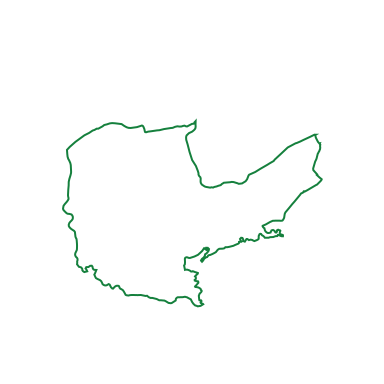 the district of Vera Cruz, Dili, East Timor, rotated 60°
{"feature_id": "22284137B41604792993839", "entity_name": "Vera Cruz", "entity_type": "district", "adm_level": 2, "iso_a3": "TLS", "parent_name": "East Timor", "parent_adm1": "Dili", "projection": "robinson", "projection_center": [125.57, -8.588], "detail": "fine", "context": "isolated", "style": "outline", "palette": "green", "viewbox_px": 384, "rotation_deg": 60, "n_neighbors": 0, "source": "geoboundaries", "source_scale": "gbopen_adm2", "svg_char_len": 6075}
<svg xmlns="http://www.w3.org/2000/svg" viewBox="0 0 384 384"><g transform="rotate(60 192 192)"><path d="M259.4,181.4L259.9,177.6L259.6,176.7L258.7,176.2L259.0,175.0L259.7,174.5L259.7,174.0L258.8,174.1L256.7,173.9L256.2,172.3L257.0,171.3L258.8,171.4L260.0,172.2L261.4,171.1L260.0,168.3L260.5,167.5L262.1,166.8L262.6,165.0L263.7,163.8L264.8,163.2L265.7,162.5L266.1,159.9L266.1,158.1L265.6,157.5L263.4,156.2L262.3,154.6L262.3,153.8L263.0,153.1L264.5,153.0L265.6,152.3L266.9,151.9L268.0,151.8L269.1,150.0L269.9,148.5L270.2,146.9L270.7,145.9L271.6,144.3L272.0,141.8L272.8,140.2L272.1,139.1L273.1,138.1L274.5,137.1L275.3,136.3L275.8,135.4L274.9,134.8L274.2,135.2L272.9,136.4L272.0,136.9L270.7,136.0L269.8,134.9L269.1,135.0L268.3,136.0L267.7,136.3L267.7,137.6L268.8,138.3L269.2,139.3L268.8,139.9L268.1,140.0L266.8,140.0L265.4,140.8L265.0,142.3L265.7,143.4L266.4,144.2L265.9,146.0L265.1,147.2L263.1,148.0L261.5,148.0L259.6,147.4L258.9,147.8L257.8,148.0L257.0,148.0L256.6,147.7L257.0,144.3L257.0,139.7L257.3,136.5L258.7,133.8L260.4,130.8L261.2,129.7L261.9,128.3L261.9,127.8L261.5,126.8L260.4,125.1L257.4,122.7L256.4,121.4L254.5,116.2L252.6,111.2L251.5,107.9L248.4,99.6L247.9,98.6L247.8,98.2L248.0,96.5L247.9,95.6L247.6,95.5L247.5,95.3L247.3,94.9L247.3,94.6L248.0,94.1L248.1,91.3L248.0,81.3L248.1,80.0L247.0,75.9L246.5,74.2L245.8,73.3L243.2,74.3L239.6,75.4L239.4,74.8L233.8,76.0L232.8,75.6L232.2,75.3L227.3,70.2L225.8,68.0L225.2,67.3L222.4,64.6L221.7,63.9L221.5,63.4L220.9,62.6L220.3,61.4L219.6,60.7L219.3,60.1L218.8,59.6L218.0,59.0L217.4,58.6L216.6,58.3L215.9,57.9L215.5,57.6L215.3,57.3L215.1,57.2L214.7,57.2L214.4,57.4L214.1,57.4L213.8,57.0L213.7,57.4L211.9,57.8L210.6,57.8L207.2,57.6L206.1,57.4L204.8,56.9L204.2,56.5L204.2,56.3L203.6,57.3L203.3,62.0L202.6,69.9L202.4,73.0L201.9,77.0L201.6,77.9L201.3,86.8L203.1,94.5L205.3,104.2L206.0,105.8L206.0,110.3L206.1,113.0L206.1,121.2L206.3,127.3L205.6,133.9L206.0,134.8L208.5,137.9L209.5,140.2L209.6,144.4L208.3,147.4L207.2,148.2L204.2,151.0L203.1,152.6L202.6,154.1L199.9,159.8L200.0,161.1L200.0,162.2L200.4,163.7L199.8,166.0L199.5,167.9L198.8,170.1L198.7,171.5L197.6,172.9L197.3,174.1L194.6,177.3L193.5,178.3L190.4,179.8L188.4,179.8L187.0,179.2L184.6,177.7L183.4,177.4L181.7,177.8L180.3,177.7L178.8,176.9L176.6,176.4L171.4,175.6L164.4,175.9L156.1,174.1L148.6,172.0L143.9,170.9L141.9,169.9L141.1,169.3L140.3,168.4L139.5,165.2L139.8,161.8L139.6,160.4L139.3,158.9L138.8,157.7L138.3,157.0L137.1,156.1L135.3,155.2L132.4,153.4L133.0,155.2L133.9,155.7L133.8,156.2L133.0,157.9L132.8,163.4L132.2,164.3L130.8,165.3L130.3,166.7L130.0,168.3L129.1,170.1L127.8,171.8L127.1,174.0L126.8,176.6L125.9,178.6L124.9,181.2L123.5,184.8L122.2,189.3L121.1,191.6L120.8,192.4L118.8,197.4L117.8,199.8L117.3,201.9L116.7,202.6L115.8,202.5L113.7,201.8L111.5,201.5L110.4,201.5L109.4,202.1L108.3,207.2L105.9,213.1L104.7,214.9L103.4,216.1L102.0,217.0L100.4,217.9L98.0,219.0L94.0,224.3L92.4,226.7L91.5,228.8L90.9,231.8L90.1,234.5L90.4,236.6L90.3,241.5L89.5,242.9L89.5,245.4L89.1,247.3L89.4,251.6L89.1,256.8L90.3,267.9L91.8,275.3L93.0,279.2L96.7,281.0L99.2,282.1L101.4,282.6L103.2,282.6L106.0,282.9L108.0,283.5L113.7,286.4L115.0,287.2L116.7,288.8L119.4,291.7L121.6,293.7L124.6,295.5L128.3,298.1L130.8,299.7L132.8,301.0L134.2,301.6L135.3,301.9L136.4,302.5L137.1,303.6L137.8,305.1L138.9,308.3L139.7,310.1L140.8,311.1L142.1,312.1L143.2,312.3L144.8,312.0L147.7,311.2L148.7,310.5L149.7,309.1L151.2,307.6L152.6,307.4L153.9,307.6L155.1,308.3L155.9,309.1L156.5,310.6L156.9,312.2L157.5,313.7L158.7,315.1L159.9,315.7L161.5,315.7L163.6,315.1L166.8,313.5L168.1,313.4L172.5,315.3L173.9,315.5L174.9,315.5L176.6,316.2L179.3,317.5L181.0,318.4L183.3,319.8L184.6,320.7L186.7,323.7L187.9,324.6L188.9,324.9L190.2,324.9L191.5,324.5L192.7,324.6L193.8,325.2L194.6,326.1L196.1,326.9L197.1,327.7L200.3,327.3L201.1,326.4L202.1,325.6L203.8,325.5L205.0,326.1L206.0,326.0L207.5,325.3L208.3,322.4L206.0,322.2L205.0,322.4L204.2,321.1L205.2,319.2L205.0,317.1L205.7,315.7L206.8,315.5L208.2,316.0L209.6,316.1L210.5,315.6L211.7,313.8L213.9,316.6L214.7,317.9L217.4,318.2L218.6,318.2L220.1,317.3L222.4,315.7L223.9,315.2L225.6,315.3L227.1,315.5L228.3,315.0L229.5,314.0L230.1,312.6L230.1,310.2L231.1,309.6L233.9,309.8L235.7,309.3L236.2,308.7L235.4,306.1L235.4,304.5L236.2,302.9L237.1,302.3L238.7,302.6L240.0,302.4L240.9,301.7L242.6,300.9L244.6,300.8L247.9,300.9L248.7,300.3L249.9,298.8L250.3,297.3L251.2,295.4L254.2,290.5L255.6,287.8L258.8,284.2L259.4,282.8L261.4,282.1L263.0,280.9L263.9,279.3L267.0,276.1L269.4,274.5L270.4,272.8L272.3,270.1L273.7,269.2L276.3,267.8L277.7,266.0L278.0,265.1L277.8,260.4L276.5,259.4L276.0,258.2L276.0,257.1L278.5,252.5L279.2,250.5L280.9,248.8L281.7,248.4L284.4,246.7L287.3,246.9L289.5,246.7L291.8,246.0L293.0,244.8L293.9,244.2L294.9,241.5L294.8,238.4L294.3,238.5L294.0,238.7L292.5,239.9L291.9,239.8L291.7,239.2L291.2,238.3L290.4,238.3L289.5,239.7L289.2,239.7L287.8,239.1L285.3,238.0L283.9,236.3L283.3,234.2L283.0,233.6L282.6,233.1L282.1,233.0L281.4,233.3L280.6,233.0L279.9,233.1L278.9,233.6L278.0,234.1L276.6,235.6L276.0,236.5L275.5,236.7L275.2,236.3L274.9,235.0L273.8,231.9L273.1,231.5L272.3,231.5L271.9,232.2L271.3,233.0L270.8,233.1L270.1,233.9L269.5,233.7L269.4,232.6L269.0,232.0L268.3,231.6L267.6,231.3L266.6,231.6L266.3,230.8L265.6,227.8L265.1,227.4L263.9,228.4L263.1,229.2L261.0,230.9L260.9,231.8L260.4,232.6L259.3,233.0L258.1,233.8L256.9,234.9L256.0,236.5L255.9,237.0L251.7,235.6L251.1,234.4L249.4,233.2L246.3,231.6L245.6,230.7L245.7,229.6L246.0,229.0L247.5,227.7L248.1,226.8L249.1,222.1L249.4,218.2L248.2,212.8L246.7,209.6L247.6,208.6L247.3,207.6L247.9,207.1L248.3,208.0L248.5,208.9L249.5,208.4L249.4,207.6L248.9,207.0L248.5,206.2L249.9,205.8L251.1,206.9L251.8,208.3L252.4,210.0L252.5,211.8L253.6,212.7L254.6,214.6L254.9,216.7L255.5,217.9L255.9,218.5L257.4,218.2L256.9,216.6L255.9,214.9L255.6,212.8L255.9,211.4L255.1,209.5L255.3,208.5L255.6,207.8L255.9,205.3L256.0,203.0L256.0,201.4L254.9,198.6L254.8,196.8L255.6,195.3L256.5,193.5L256.9,192.1L256.5,190.7L256.8,190.1L257.5,188.9L258.2,186.9L259.3,183.0L259.4,181.4Z" fill="none" stroke="#15803d" stroke-width="2"/></g></svg>